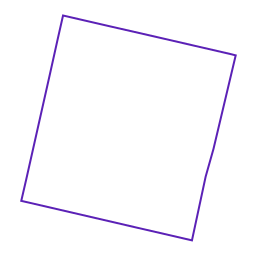 outline of Labette, Kansas, United States of America, rotated 193°
{"feature_id": "52423323B87477610748879", "entity_name": "Labette", "entity_type": "district", "adm_level": 2, "iso_a3": "USA", "parent_name": "United States of America", "parent_adm1": "Kansas", "projection": "albers", "projection_center": [-95.282, 37.192], "detail": "fine", "context": "isolated", "style": "outline", "palette": "violet", "viewbox_px": 256, "rotation_deg": 193, "n_neighbors": 0, "source": "geoboundaries", "source_scale": "gbopen_adm2", "svg_char_len": 415}
<svg xmlns="http://www.w3.org/2000/svg" viewBox="0 0 256 256"><g transform="rotate(193 128 128)"><path d="M40.4,32.9L41.4,98.1L40.0,126.9L39.4,223.0L43.7,223.1L84.7,223.1L114.9,223.1L116.0,223.1L118.3,223.1L168.5,223.0L175.6,223.0L182.9,223.0L184.3,223.0L197.4,223.0L216.6,223.0L216.5,199.0L216.2,163.1L215.6,54.7L215.6,33.0L210.4,33.0L96.1,32.9L40.4,32.9Z" fill="none" stroke="#5b21b6" stroke-width="2"/></g></svg>